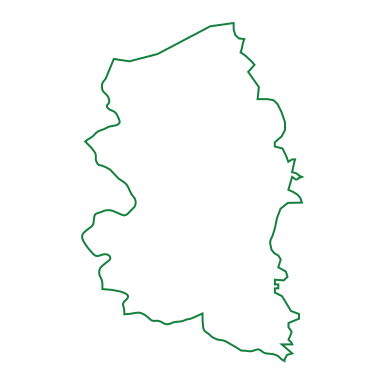 Podunavski, Natural Earth projection
{"feature_id": "SRB-831", "entity_name": "Podunavski", "entity_type": "District", "adm_level": 1, "iso_a3": "SRB", "parent_name": "Republic of Serbia", "parent_adm1": "", "projection": "natural_earth1", "projection_center": [20.92, 44.453], "detail": "fine", "context": "isolated", "style": "outline", "palette": "green", "viewbox_px": 384, "rotation_deg": 0, "n_neighbors": 0, "source": "natural_earth", "source_scale": "10m", "svg_char_len": 3697}
<svg xmlns="http://www.w3.org/2000/svg" viewBox="0 0 384 384"><path d="M113.8,59.0L129.5,61.3L157.6,54.0L210.2,26.3L233.6,23.0L233.7,29.7L235.4,35.2L238.9,38.4L244.3,39.1L243.2,42.0L241.6,49.4L240.6,52.4L244.7,55.1L251.9,61.7L254.5,64.8L248.2,71.9L258.9,87.1L257.6,99.1L267.7,99.1L273.7,100.3L277.6,104.2L281.6,112.3L285.0,122.3L285.0,130.0L281.7,136.3L274.8,142.3L274.8,146.5L282.5,148.5L286.1,155.8L288.3,161.8L292.1,159.4L295.1,159.4L294.2,162.4L292.1,172.2L295.8,173.1L297.8,174.4L299.3,175.7L301.9,176.9L298.6,178.1L297.3,179.4L295.8,179.5L292.1,176.9L288.4,189.8L293.3,192.0L297.4,194.6L300.3,197.9L301.9,202.6L287.9,202.9L280.5,208.8L277.0,218.0L274.9,228.3L272.5,235.9L270.6,239.7L270.1,243.2L271.5,249.7L274.4,253.3L278.4,255.6L280.7,259.4L278.3,267.3L285.9,271.6L287.5,276.8L283.7,280.4L274.9,279.7L274.9,284.4L278.3,284.4L278.3,288.3L274.9,288.3L274.9,292.6L282.0,296.1L291.0,311.0L299.0,314.0L299.0,318.7L288.5,323.0L288.5,327.3L290.8,330.4L291.6,332.0L290.8,334.4L288.5,339.7L290.0,341.2L290.6,341.6L291.1,342.2L292.2,344.4L281.8,344.4L292.2,353.4L287.0,354.9L284.6,359.6L284.5,361.0L281.4,359.2L278.8,356.7L278.0,356.1L276.3,355.2L273.7,354.3L272.0,354.0L266.9,353.5L265.3,353.2L264.2,352.8L263.1,352.2L260.6,350.3L259.5,349.7L258.3,349.4L257.6,349.4L256.3,349.7L252.4,351.0L251.3,351.2L249.7,351.3L245.9,350.8L241.0,350.5L236.0,347.3L225.5,341.2L223.1,340.4L218.3,339.7L216.8,339.3L213.6,337.9L211.7,336.7L208.4,333.7L205.3,331.6L204.3,330.5L203.6,329.1L203.2,327.7L202.6,321.1L202.5,313.5L192.9,317.8L190.6,318.7L186.7,319.5L182.7,321.0L180.9,321.4L175.1,322.0L173.3,322.4L169.3,324.0L167.8,324.2L166.4,324.2L165.3,324.0L164.3,323.7L161.6,322.1L160.1,321.4L159.0,321.1L157.8,320.8L156.4,320.8L154.4,320.9L153.0,320.8L151.9,320.5L151.0,320.0L150.1,319.3L147.7,317.1L145.1,315.0L142.9,313.9L140.8,313.0L139.3,312.7L137.6,312.7L136.0,312.8L130.4,313.8L124.4,314.3L124.2,310.4L124.0,308.7L123.0,304.8L123.1,303.6L123.6,302.5L124.3,301.5L126.6,299.3L127.8,297.8L128.0,296.9L128.0,296.1L127.7,295.4L127.2,294.7L126.0,293.8L124.4,293.0L120.9,291.7L119.3,291.3L111.9,289.9L102.4,289.1L102.4,284.6L102.3,282.6L101.7,279.9L101.0,278.2L99.8,275.8L99.3,274.1L99.2,272.4L99.3,270.6L99.8,269.0L100.2,268.1L101.7,266.4L105.9,262.8L108.9,260.6L109.8,259.6L110.2,258.8L110.3,258.0L110.0,256.9L109.3,255.7L108.1,254.9L107.0,254.5L105.9,254.3L104.4,254.2L102.9,254.5L98.9,255.8L97.5,256.0L96.4,255.9L95.4,255.6L94.2,254.8L92.7,253.5L87.6,247.5L85.0,243.7L83.5,241.1L82.8,239.7L82.3,238.4L82.1,236.2L82.3,235.0L83.1,233.6L84.2,232.3L86.7,230.1L91.0,226.9L92.1,225.8L93.0,224.6L93.5,223.0L94.1,217.8L94.4,216.2L94.9,214.9L95.7,214.0L96.5,213.5L101.2,212.0L104.3,210.7L106.2,210.3L108.1,210.2L110.1,210.3L112.1,210.7L113.1,211.0L122.2,214.9L123.6,215.3L124.9,215.3L125.8,215.0L127.1,214.3L128.3,213.2L134.4,206.9L135.2,205.4L135.5,204.1L135.7,202.7L135.6,201.4L135.3,200.0L134.9,198.9L134.4,198.0L131.7,194.5L129.6,190.4L128.5,187.8L126.8,184.9L125.7,183.7L124.5,182.6L118.5,178.5L110.2,169.7L106.0,167.3L102.1,165.7L99.5,165.1L98.6,164.8L97.6,163.8L96.1,160.9L95.8,159.6L95.8,154.9L95.5,153.8L94.8,152.4L91.7,148.1L85.2,141.5L87.2,139.9L92.1,136.8L93.0,136.1L96.2,132.8L97.5,131.7L98.9,131.0L104.3,129.0L108.2,127.0L109.4,126.6L110.7,126.3L115.5,125.4L116.6,125.1L117.7,124.6L118.8,123.7L119.5,122.6L119.7,121.5L119.2,119.7L117.2,115.3L116.5,114.1L115.9,113.3L115.2,112.5L114.0,111.5L110.6,110.0L109.2,109.3L108.1,108.3L107.2,107.3L106.8,106.3L106.8,105.8L107.4,104.8L108.3,103.8L109.0,102.7L109.3,101.4L109.1,99.5L108.3,97.3L107.2,95.4L103.6,91.9L102.7,90.6L102.2,89.3L102.0,87.8L101.9,86.3L102.2,83.7L102.9,82.2L104.0,80.7L105.6,78.9L113.8,59.0Z" fill="none" stroke="#15803d" stroke-width="2"/></svg>